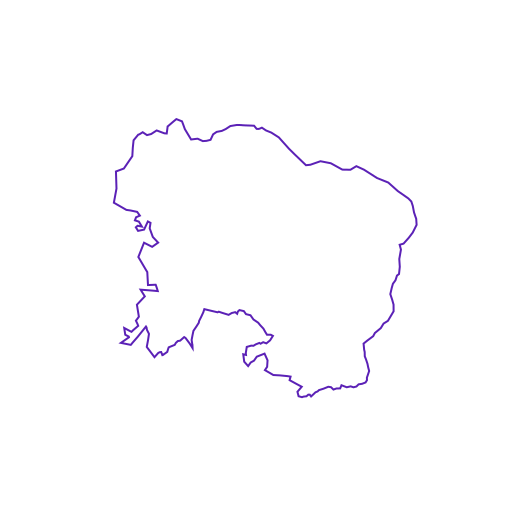 outline of Athienou, Larnaca, Cyprus, rotated 328°
{"feature_id": "46923920B40180058129311", "entity_name": "Athienou", "entity_type": "district", "adm_level": 2, "iso_a3": "CYP", "parent_name": "Cyprus", "parent_adm1": "Larnaca", "projection": "natural_earth1", "projection_center": [33.526, 35.059], "detail": "fine", "context": "isolated", "style": "outline", "palette": "violet", "viewbox_px": 512, "rotation_deg": 328, "n_neighbors": 0, "source": "geoboundaries", "source_scale": "gbopen_adm2", "svg_char_len": 3629}
<svg xmlns="http://www.w3.org/2000/svg" viewBox="0 0 512 512"><g transform="rotate(328 256 256)"><path d="M237.5,96.9L231.7,97.0L227.6,95.7L225.5,91.0L221.7,91.0L220.6,90.8L220.4,90.7L213.5,93.0L208.9,98.9L204.0,105.8L190.3,111.8L182.0,110.1L181.9,110.3L181.8,110.5L173.4,124.9L163.7,135.5L167.9,143.3L170.5,148.2L173.6,150.8L178.6,155.6L178.9,160.2L174.8,159.6L172.2,161.6L174.9,164.8L174.8,170.6L171.6,167.6L169.3,168.0L169.3,172.2L175.1,174.3L182.6,169.4L184.1,172.0L180.5,176.2L178.6,185.1L178.6,185.3L180.1,192.8L172.8,193.2L168.5,186.1L168.1,185.4L167.0,186.2L155.7,194.5L155.3,209.9L155.3,212.0L149.0,223.4L155.7,227.2L155.7,227.3L155.1,229.9L154.7,231.5L154.1,233.7L150.3,230.8L140.3,223.4L140.3,228.2L140.3,231.3L137.6,232.0L129.2,234.2L124.5,245.4L122.6,246.2L119.9,247.2L119.5,250.7L119.1,252.8L111.9,253.9L111.4,254.1L110.2,254.3L109.3,252.8L107.6,249.8L106.1,247.2L105.8,247.9L103.4,253.5L105.4,256.9L105.2,257.6L95.4,258.1L102.7,265.0L103.2,264.9L103.7,264.7L105.1,264.2L112.7,261.9L125.3,257.5L125.3,258.6L124.4,260.7L124.0,265.1L123.9,265.4L119.8,270.2L115.2,275.2L115.2,275.6L116.0,284.6L116.3,288.0L121.8,286.4L123.4,286.6L123.5,286.6L124.7,287.2L124.1,290.2L124.7,290.2L124.7,290.6L124.8,290.6L129.9,290.3L132.3,288.2L133.6,287.2L140.0,288.3L142.0,287.2L142.6,287.1L142.9,287.0L143.4,287.0L143.9,286.8L144.6,286.7L146.8,287.6L152.1,286.7L152.8,288.2L153.4,295.2L153.4,300.5L155.1,297.5L155.2,297.0L156.0,295.2L156.9,293.1L160.4,289.3L163.3,286.3L168.1,284.2L172.1,282.3L173.4,280.9L177.2,278.6L181.5,275.8L184.0,273.7L193.6,283.4L194.9,283.5L197.2,286.3L201.6,291.4L205.2,291.5L208.6,292.6L209.4,295.0L211.2,293.5L213.3,293.1L216.5,296.3L216.7,300.0L219.9,303.3L220.2,308.5L222.5,313.7L222.9,316.9L223.8,321.5L223.6,325.8L223.6,328.6L226.8,330.6L228.0,332.7L223.2,335.0L218.5,335.6L216.4,332.9L213.4,332.8L212.8,331.5L208.9,330.8L206.3,330.8L204.5,329.5L200.0,328.2L195.9,332.9L195.1,334.6L193.1,332.6L190.0,339.4L191.0,345.2L195.1,343.5L198.8,343.7L203.3,341.8L211.5,343.3L210.9,347.8L210.5,350.6L206.7,355.9L203.1,357.5L207.6,366.1L213.0,369.9L219.1,374.6L221.4,376.6L218.7,379.1L222.4,385.7L225.5,391.1L219.2,393.1L217.8,397.5L220.2,400.1L221.7,400.4L223.0,401.0L224.4,401.7L226.9,401.3L228.1,402.1L228.3,404.3L231.9,403.6L234.2,403.1L236.5,403.5L238.3,403.1L242.9,404.3L248.0,405.2L250.1,407.0L250.9,410.3L254.1,411.0L257.2,412.9L260.0,410.9L263.4,415.4L267.2,416.7L269.1,419.0L272.0,419.9L275.0,419.2L278.2,420.6L281.9,421.3L284.3,420.1L285.6,417.9L287.6,416.3L291.0,413.5L292.2,409.7L293.4,406.5L294.5,402.0L295.1,398.7L297.3,395.0L298.1,392.7L300.8,387.3L305.6,386.7L312.9,386.1L316.0,384.3L323.6,383.3L328.4,380.9L333.5,380.9L343.4,375.8L346.9,370.1L348.3,365.3L349.7,359.5L354.3,354.9L357.4,352.1L361.4,350.5L365.2,347.3L367.7,347.1L372.2,341.4L375.9,334.5L382.3,327.4L383.8,322.6L387.7,323.7L395.2,321.5L401.3,319.2L408.7,314.7L411.6,309.3L412.0,307.4L413.1,302.8L415.5,296.6L416.6,292.1L415.7,287.9L410.7,276.2L408.2,267.6L407.1,263.8L400.0,254.1L393.3,240.0L388.7,233.0L381.8,232.9L375.0,228.5L368.6,217.0L360.9,209.8L350.4,207.4L346.5,205.5L342.5,189.7L340.8,182.5L338.2,167.5L334.4,159.5L331.0,154.8L329.0,150.3L326.4,149.9L325.3,149.5L323.9,148.5L323.4,144.5L320.2,142.3L316.5,139.8L314.2,138.2L312.5,136.9L309.8,135.1L308.9,134.6L303.1,132.2L297.6,132.3L293.3,131.8L292.3,131.4L288.4,129.9L284.1,130.1L279.0,133.4L275.0,132.1L272.2,130.6L271.8,130.4L268.8,125.8L268.5,125.5L262.7,122.8L262.9,110.7L263.9,106.1L264.6,102.6L261.1,97.8L261.0,97.7L257.2,98.2L250.0,99.3L249.7,99.3L248.5,100.8L245.2,104.8L243.3,103.4L238.3,96.9L237.5,96.9Z" fill="none" stroke="#5b21b6" stroke-width="2"/></g></svg>